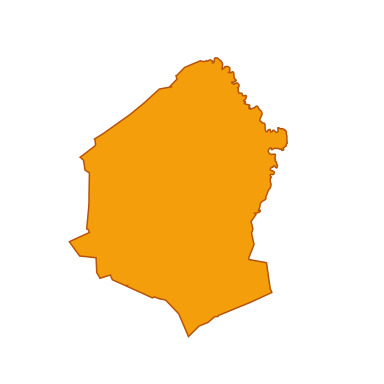 Priekule, Priekules, Latvia, rotated 296°
{"feature_id": "27541924B71923790852793", "entity_name": "Priekule", "entity_type": "district", "adm_level": 2, "iso_a3": "LVA", "parent_name": "Latvia", "parent_adm1": "Priekules", "projection": "orthographic", "projection_center": [21.612, 56.446], "detail": "fine", "context": "isolated", "style": "filled", "palette": "amber", "viewbox_px": 384, "rotation_deg": 296, "n_neighbors": 0, "source": "geoboundaries", "source_scale": "gbopen_adm2", "svg_char_len": 6010}
<svg xmlns="http://www.w3.org/2000/svg" viewBox="0 0 384 384"><g transform="rotate(296 192 192)"><path d="M92.9,270.1L99.8,276.3L103.9,279.9L118.5,292.9L123.6,297.1L136.7,307.8L138.3,306.0L139.3,304.8L139.6,304.6L144.9,300.9L159.7,290.9L161.1,290.0L156.3,272.8L157.2,272.1L158.3,271.8L160.0,271.7L166.7,271.2L172.2,270.7L174.7,268.6L181.1,263.6L181.4,263.5L182.5,263.4L185.3,263.0L189.0,260.1L191.1,258.0L195.5,258.7L199.2,259.3L199.7,259.4L200.4,257.6L201.1,258.9L202.6,260.7L203.8,261.6L204.8,261.7L205.4,261.5L204.4,259.8L205.6,259.8L208.0,259.6L210.6,258.7L212.1,258.5L214.0,259.0L216.1,260.3L217.3,261.2L218.4,261.4L219.1,261.1L219.7,260.5L220.7,260.4L220.9,260.4L221.9,260.4L223.4,260.3L225.6,260.0L226.8,260.0L228.1,260.1L229.6,260.5L231.3,260.4L232.9,260.0L234.3,259.2L235.6,257.8L236.8,257.3L238.4,256.3L239.0,256.3L239.7,256.9L240.0,257.0L240.1,256.9L240.4,256.3L240.8,255.3L241.2,254.9L241.4,254.8L241.8,254.8L242.2,255.1L242.6,255.4L242.8,255.9L242.8,256.4L243.0,256.9L243.3,257.3L243.9,257.7L244.3,257.7L245.6,257.4L246.0,257.0L246.3,256.6L246.2,256.2L246.2,255.7L246.4,255.0L246.2,254.6L246.0,253.9L246.0,253.4L246.1,252.9L246.4,252.6L246.8,252.4L247.8,252.4L248.6,252.5L249.1,252.8L249.4,253.4L249.6,253.8L250.4,253.7L250.9,253.8L251.4,254.1L251.4,254.4L251.3,255.4L250.8,256.3L250.7,256.6L250.8,257.6L251.1,257.8L251.7,257.6L253.5,257.1L253.8,256.8L254.1,255.8L255.1,255.4L255.7,254.9L256.3,253.6L257.0,252.8L257.4,252.7L257.9,252.7L258.2,252.2L258.7,251.7L260.7,251.1L261.4,251.0L262.3,250.5L262.4,250.2L262.0,249.3L261.8,248.7L260.4,246.7L260.4,245.7L260.4,244.9L260.6,244.4L261.1,243.7L262.2,242.6L262.6,242.4L264.2,242.4L265.7,242.8L266.0,243.1L266.1,243.4L266.2,243.9L266.0,244.2L265.7,244.3L265.3,244.4L265.2,244.5L265.0,244.8L265.0,245.2L265.3,245.5L266.3,246.2L267.0,246.6L267.5,247.3L268.0,248.3L268.2,249.0L268.9,250.4L269.1,251.0L269.2,251.4L269.0,251.8L269.0,252.1L269.1,252.4L269.6,252.8L269.8,253.1L269.9,253.4L269.7,253.8L269.2,253.9L269.0,254.1L268.9,254.4L269.0,255.0L269.4,255.5L269.7,255.7L270.2,255.8L270.6,255.6L271.1,255.1L271.5,254.8L271.8,254.8L272.2,255.1L272.6,255.4L273.3,255.6L274.0,256.2L275.2,256.3L276.2,255.7L277.7,256.2L281.0,254.1L283.7,252.9L286.2,250.8L287.2,250.6L288.5,249.0L288.0,248.0L288.7,247.3L288.7,247.1L288.4,245.0L287.6,244.1L287.7,242.3L287.6,241.3L287.3,241.0L284.6,242.7L283.5,242.5L282.8,242.1L282.5,241.1L283.0,239.8L283.4,238.9L283.1,237.8L282.2,237.5L281.1,237.4L280.5,236.6L281.2,235.7L282.1,235.2L282.4,234.6L281.5,233.5L280.5,233.1L279.6,233.0L278.9,232.9L278.7,232.3L279.1,231.3L280.7,230.2L284.7,228.0L285.4,227.1L285.4,226.3L284.8,225.3L285.1,224.4L285.6,223.6L285.7,222.6L285.9,221.5L286.5,221.2L287.4,221.2L288.7,221.1L289.3,220.9L290.0,221.1L290.7,221.0L291.7,220.9L292.7,220.9L293.9,220.0L294.9,219.0L295.9,216.0L297.5,213.8L297.7,212.6L296.8,211.7L295.3,211.4L292.3,208.4L292.0,207.7L292.1,206.8L293.0,207.4L293.4,206.7L293.2,206.1L293.7,205.7L294.1,205.6L294.8,206.1L295.3,205.7L295.2,203.9L294.9,203.3L294.5,202.1L294.5,201.9L294.7,200.2L294.9,200.2L295.6,200.6L296.2,200.7L296.5,200.5L296.7,200.3L296.6,199.9L296.5,199.2L296.5,198.8L296.5,198.5L296.7,198.4L296.9,198.3L297.0,198.3L297.4,198.6L298.0,199.0L298.3,199.2L298.7,199.4L299.2,199.5L299.4,199.5L300.1,199.1L300.6,199.1L301.4,199.2L302.0,198.7L302.4,198.3L302.4,197.9L301.7,197.3L300.8,195.8L301.1,195.0L301.5,194.9L302.6,193.5L302.5,193.2L302.2,193.0L302.1,192.6L302.1,192.3L302.0,192.0L302.0,191.7L301.7,191.4L301.4,191.2L301.5,190.8L301.8,190.6L302.0,190.2L302.3,190.0L302.4,189.8L302.6,189.7L302.9,189.6L303.1,189.3L303.4,189.2L303.6,188.9L304.6,188.6L305.0,188.4L305.7,187.2L306.7,187.9L307.0,188.0L307.6,187.9L308.8,187.4L309.0,187.2L309.5,185.9L309.7,185.5L309.8,184.9L309.6,184.6L309.7,184.4L309.5,184.1L308.6,183.5L308.4,183.1L308.1,183.0L307.9,182.7L307.4,182.5L307.1,182.1L307.3,181.4L307.3,180.9L307.6,179.8L308.1,179.7L308.3,180.0L308.7,180.3L308.8,180.7L309.2,181.5L309.8,181.7L310.1,181.7L310.4,182.5L310.6,182.5L311.6,182.9L311.9,182.7L312.0,182.2L312.6,180.5L312.8,180.4L313.3,179.9L313.6,179.2L314.4,179.0L314.7,178.9L314.8,178.6L315.2,178.4L315.9,178.3L316.2,178.0L317.0,177.2L317.5,177.2L317.8,176.9L317.9,176.5L317.8,175.8L317.5,175.5L317.3,175.2L316.9,174.9L316.5,174.8L316.1,174.7L316.1,174.3L316.2,174.0L316.1,173.6L316.0,173.4L315.5,172.6L316.3,172.7L317.1,173.0L317.8,172.7L319.6,171.9L320.1,171.3L320.5,170.1L320.5,169.7L320.4,168.8L319.3,166.9L318.8,166.7L318.6,166.9L317.1,166.3L315.8,165.6L316.3,165.3L316.0,165.0L318.0,164.4L320.2,163.5L320.4,163.3L321.6,162.2L321.9,161.5L322.5,160.6L322.4,160.4L323.4,156.9L323.5,155.7L322.9,154.3L322.3,153.9L321.7,153.7L321.4,153.9L321.0,154.0L320.6,154.3L320.1,154.3L319.6,154.4L318.6,154.8L318.3,154.6L318.0,154.7L317.9,154.6L317.5,154.5L317.1,153.9L317.6,153.8L318.1,153.8L318.3,152.7L318.7,152.7L318.7,152.1L318.8,150.5L318.2,149.8L316.8,148.9L316.5,148.7L316.4,147.4L316.0,147.3L315.3,146.7L314.4,145.4L314.0,144.0L313.8,143.5L313.8,142.9L313.4,142.0L313.5,141.9L311.3,140.0L305.8,135.1L300.6,130.7L290.5,127.4L290.3,127.4L289.6,126.6L286.7,129.0L286.5,128.9L278.2,126.2L277.6,126.0L277.4,127.2L270.2,117.5L255.0,111.5L251.2,110.0L234.7,102.4L233.8,102.0L223.8,96.5L207.4,87.6L207.1,87.5L197.9,81.8L197.8,81.7L197.0,81.2L197.0,81.3L195.5,82.5L192.7,84.3L191.7,84.8L191.1,84.7L176.9,77.6L174.2,76.2L172.9,80.7L164.8,86.2L164.6,88.2L164.5,88.7L164.2,91.4L154.0,96.2L145.1,100.3L137.4,104.0L132.4,106.1L112.7,113.5L112.7,113.8L112.9,114.9L110.7,117.6L99.8,108.6L94.5,104.3L93.5,103.6L88.4,113.0L85.5,118.6L85.2,119.1L86.7,123.2L87.7,125.6L88.4,127.8L89.8,131.8L90.9,134.6L90.5,134.8L77.8,141.7L75.1,145.8L74.1,147.1L77.3,150.5L77.6,150.8L78.3,151.5L78.6,151.8L81.1,154.5L81.6,154.9L78.2,158.9L78.7,173.4L79.0,173.9L79.4,174.5L78.7,174.2L78.7,174.6L79.5,202.9L81.2,204.2L81.9,210.4L82.1,210.4L82.3,211.6L82.7,213.1L83.0,214.4L83.3,215.6L76.7,233.5L72.9,237.9L67.9,243.7L60.5,252.2L74.6,257.1L81.7,263.5L90.1,267.2L91.3,269.8L92.9,270.1Z" fill="#f59e0b" stroke="#b45309" stroke-width="1.5"/></g></svg>